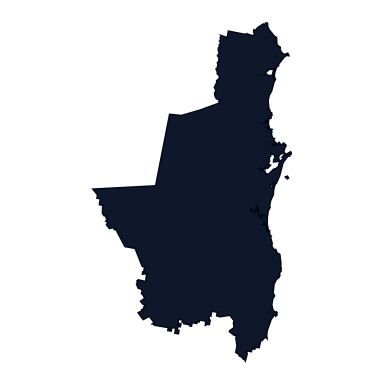 outline of Break O'Day, Tasmania, Australia
{"feature_id": "25037944B7589359748935", "entity_name": "Break O'Day", "entity_type": "district", "adm_level": 2, "iso_a3": "AUS", "parent_name": "Australia", "parent_adm1": "Tasmania", "projection": "albers", "projection_center": [148.247, -41.391], "detail": "fine", "context": "isolated", "style": "filled", "palette": "ink", "viewbox_px": 384, "rotation_deg": 0, "n_neighbors": 0, "source": "geoboundaries", "source_scale": "gbopen_adm2", "svg_char_len": 6024}
<svg xmlns="http://www.w3.org/2000/svg" viewBox="0 0 384 384"><path d="M265.1,24.4L263.4,23.9L257.5,27.7L255.8,30.2L254.0,29.7L253.6,32.0L254.6,34.2L252.9,35.8L246.5,33.7L246.3,34.6L228.4,31.1L227.2,37.5L220.8,35.4L221.2,36.0L220.3,37.3L220.4,39.9L219.5,40.9L220.3,41.5L220.3,43.8L219.2,44.7L219.5,46.5L218.5,47.6L218.2,50.3L219.0,51.6L219.0,53.4L217.4,55.8L219.1,57.8L218.6,61.0L219.2,62.1L217.4,62.5L217.9,64.9L217.1,68.0L216.0,69.0L217.3,71.9L217.2,73.9L219.0,75.3L219.5,78.1L216.7,80.6L216.6,82.8L214.3,87.4L215.9,90.4L214.5,93.6L215.1,96.3L216.3,98.6L219.6,100.2L218.8,101.8L219.6,102.9L199.6,110.2L181.4,115.5L169.6,114.3L155.6,185.8L92.8,189.1L97.5,194.8L96.9,198.2L100.2,198.8L99.4,204.7L102.7,205.3L102.4,213.3L104.2,215.9L105.1,215.3L106.7,217.7L106.1,218.1L107.3,219.9L105.7,221.1L107.8,222.5L106.4,224.7L109.4,228.5L114.5,227.5L114.1,229.5L116.1,229.8L124.9,246.6L135.1,248.4L142.2,266.4L144.5,266.8L143.7,272.1L142.6,271.9L142.4,274.2L146.7,273.7L145.6,281.5L138.3,279.8L137.4,280.5L138.0,280.7L137.8,281.8L137.1,281.8L137.1,283.5L136.5,283.9L138.1,288.1L141.8,289.5L142.1,291.0L141.4,293.7L142.8,294.6L144.3,297.5L144.3,298.6L140.5,301.2L142.7,304.1L146.0,305.2L143.6,307.0L144.4,308.1L141.7,309.8L142.2,310.5L138.1,312.8L143.2,319.6L149.2,316.4L154.1,322.5L152.2,323.9L154.5,324.3L154.3,325.2L168.3,327.6L167.8,330.6L171.2,331.1L171.8,327.6L175.7,328.2L174.8,333.2L178.4,333.8L179.0,330.5L177.3,330.2L178.1,324.9L179.4,325.2L179.2,326.6L180.3,326.8L180.9,323.7L178.0,323.2L178.6,319.3L182.4,320.0L182.1,322.1L184.0,322.4L183.8,323.7L188.4,324.5L190.0,325.3L189.8,325.9L191.5,326.2L192.2,322.7L196.8,323.5L197.2,321.6L199.1,322.0L199.5,320.2L205.1,320.9L205.7,322.8L205.3,325.3L207.4,324.3L209.3,324.6L210.2,320.2L208.9,320.0L209.3,317.9L208.6,317.7L209.0,315.8L210.9,316.2L211.7,311.3L217.2,312.2L216.6,315.8L219.7,316.8L229.8,315.3L234.1,320.6L233.4,323.2L234.1,327.5L229.8,330.6L229.4,331.7L234.3,335.4L236.4,334.9L235.9,338.4L237.0,346.0L235.7,352.5L238.0,353.7L239.5,356.1L241.9,357.2L243.3,359.2L244.4,359.1L245.3,361.0L247.4,353.3L246.6,354.2L247.2,350.9L251.4,351.7L252.0,348.7L254.8,349.2L255.1,347.4L259.2,347.6L260.6,341.0L262.0,340.6L264.1,338.2L266.2,337.5L267.1,338.6L266.7,335.1L267.3,330.4L271.1,319.6L273.8,315.5L275.5,315.2L275.8,316.2L277.1,314.8L276.5,313.7L277.1,312.8L276.6,311.8L275.0,312.2L272.8,309.7L271.8,304.6L272.8,298.6L274.6,295.9L273.1,292.9L274.1,284.1L276.3,279.6L278.9,277.5L279.9,275.5L279.5,272.9L281.0,271.5L281.2,267.7L280.7,267.2L280.9,263.3L279.8,254.2L277.2,253.0L275.7,249.4L272.8,249.5L273.5,249.1L271.7,245.7L272.3,243.7L270.6,237.3L271.3,236.1L270.5,235.9L269.5,233.1L269.6,230.6L268.3,230.4L268.0,231.1L267.6,231.4L267.6,231.5L267.4,231.6L267.2,231.4L268.1,230.8L267.1,229.8L266.6,230.4L266.2,226.5L264.9,224.8L262.8,224.6L264.0,223.4L263.8,221.8L264.9,222.8L264.6,224.3L266.1,225.8L266.7,223.2L266.3,225.7L267.5,229.7L268.4,230.3L267.2,223.8L267.4,216.7L262.9,214.5L261.9,216.3L262.2,217.9L261.0,218.2L258.3,215.9L257.9,214.9L258.5,209.8L257.3,210.5L255.9,209.4L256.4,210.5L255.8,211.2L254.5,211.5L254.6,212.4L254.3,212.7L254.4,211.5L255.2,211.2L252.8,211.2L252.2,210.4L251.3,211.6L250.5,211.6L250.2,211.3L251.4,209.2L249.6,209.6L251.5,209.1L250.7,211.6L252.0,210.2L252.8,211.1L255.8,211.0L256.2,210.3L255.6,209.8L256.0,209.2L257.6,210.3L256.6,206.9L257.3,206.2L256.7,206.1L256.5,205.8L257.3,205.9L257.4,206.1L257.3,206.4L256.8,207.0L257.9,209.8L258.7,209.7L258.1,214.4L258.6,215.8L261.6,217.9L262.0,216.7L261.0,217.3L259.5,215.4L260.4,214.6L261.4,215.4L261.4,216.5L263.1,214.1L266.4,215.7L267.2,212.9L266.8,214.8L267.5,216.2L268.3,210.8L270.1,207.4L269.7,205.8L270.6,200.7L273.4,194.5L273.6,190.3L274.8,185.3L274.0,184.9L272.5,186.8L273.2,187.3L273.1,188.3L270.6,187.7L270.5,185.3L274.3,184.5L273.9,183.2L272.5,182.9L273.0,182.4L274.1,183.0L274.8,184.8L276.3,183.4L279.6,176.0L283.0,162.8L287.0,157.3L288.4,156.0L289.7,156.1L289.8,155.1L291.2,154.2L291.2,152.5L290.5,151.7L286.1,154.4L284.2,152.5L284.2,154.8L282.4,156.9L283.5,156.6L282.9,158.8L279.5,161.7L278.4,166.5L275.8,168.6L273.7,169.1L268.6,174.2L267.3,173.8L266.4,174.6L264.6,171.1L262.3,170.3L261.7,170.8L259.3,168.4L260.7,167.5L261.5,169.6L262.2,169.6L262.3,170.1L262.6,170.2L265.0,167.9L265.3,169.2L266.0,168.0L267.8,168.2L270.0,165.8L269.3,165.8L270.3,164.7L269.3,165.6L267.8,165.5L269.8,164.8L268.7,164.3L268.5,163.2L269.5,161.2L269.3,157.6L270.8,155.9L270.6,153.3L271.2,152.5L271.6,154.3L274.8,154.7L274.5,156.4L275.2,157.4L273.7,159.7L273.5,162.0L278.0,161.4L279.2,160.3L278.5,156.7L280.7,153.7L282.2,153.7L283.8,152.2L284.9,147.6L286.0,146.0L285.5,145.8L285.8,144.9L283.5,142.9L282.5,144.2L280.0,145.0L280.2,143.8L279.1,142.3L277.6,143.9L276.1,144.6L275.8,144.3L275.8,143.9L274.9,145.5L272.8,145.8L274.2,144.7L273.7,143.8L272.1,143.9L272.9,143.5L274.5,143.7L275.3,143.6L275.5,143.4L275.0,142.9L275.9,143.6L276.0,144.4L277.0,143.9L274.0,141.1L274.3,140.2L273.6,139.3L274.3,138.6L273.2,138.5L271.7,135.7L271.3,135.9L270.8,136.6L270.6,136.7L271.3,135.8L271.8,135.6L271.4,132.7L272.0,131.9L271.0,130.6L272.2,129.4L269.2,128.9L268.0,129.7L268.1,128.6L266.1,127.3L267.4,127.1L269.7,128.8L268.4,124.0L268.7,119.5L266.8,122.4L263.8,123.1L266.3,120.7L268.1,120.3L268.0,119.0L271.0,118.3L271.0,116.0L272.1,115.4L271.5,114.2L271.9,113.1L270.0,111.6L269.8,109.5L267.7,109.6L268.3,109.1L267.8,107.3L268.9,108.7L268.1,100.7L269.2,95.3L271.6,91.1L274.1,81.9L275.5,79.3L273.3,78.1L272.6,76.1L271.4,75.3L267.7,75.7L267.5,74.5L262.9,75.0L265.7,74.2L266.2,71.9L269.8,69.2L272.5,69.5L274.4,67.3L272.5,74.0L273.7,77.4L275.2,78.7L274.4,76.7L274.5,73.7L276.4,67.4L278.6,65.7L278.2,65.1L279.0,63.7L284.0,57.4L286.5,55.4L288.9,55.8L288.9,55.1L287.7,53.2L284.5,54.4L282.2,53.2L280.3,50.1L280.3,47.5L279.8,46.7L278.7,47.0L278.3,46.9L279.4,46.7L277.5,45.2L276.2,41.9L275.6,41.8L276.0,41.6L276.8,42.7L276.5,37.3L274.7,36.6L269.4,30.1L267.7,26.6L267.5,23.1L265.6,23.0L265.1,24.4ZM287.3,178.9L288.5,178.1L287.5,176.1L285.3,176.9L285.8,177.8L287.0,177.5L287.3,178.9Z" fill="#0f172a" stroke="#020617" stroke-width="1.5"/></svg>